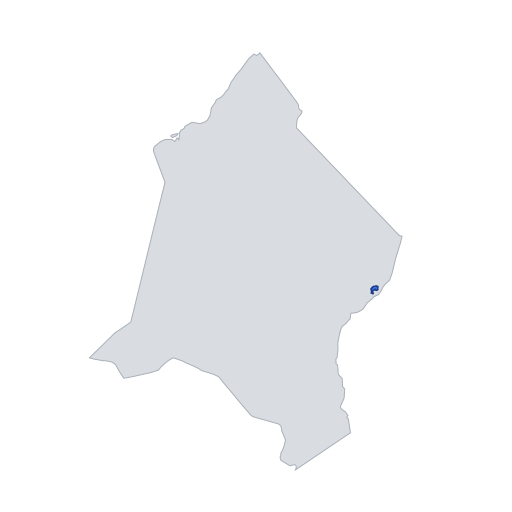 Nambale, Western, Kenya (highlighted), rotated 194°
{"feature_id": "3690345B66685082117491", "entity_name": "Nambale", "entity_type": "district", "adm_level": 2, "iso_a3": "KEN", "parent_name": "Kenya", "parent_adm1": "Western", "projection": "robinson", "projection_center": [34.319, 0.505], "detail": "fine", "context": "in_parent", "style": "filled", "palette": "blue", "viewbox_px": 512, "rotation_deg": 194, "n_neighbors": 0, "source": "geoboundaries", "source_scale": "gbopen_adm2", "svg_char_len": 4525}
<svg xmlns="http://www.w3.org/2000/svg" viewBox="0 0 512 512"><g transform="rotate(194 256 256)"><path d="M119.1,310.5L119.0,303.9L119.9,287.0L119.8,272.2L120.5,264.8L123.7,260.1L125.2,256.7L126.3,251.9L128.0,248.0L131.8,244.9L132.5,243.1L136.6,237.8L139.0,231.0L140.8,228.7L143.1,226.6L144.7,225.5L147.4,224.3L149.5,223.7L149.9,223.2L150.1,222.1L149.4,217.8L150.3,216.5L151.7,213.7L153.3,211.0L154.8,209.4L155.6,207.6L156.0,204.7L156.0,202.6L156.0,199.1L155.6,191.4L153.8,184.8L152.8,177.5L153.5,175.1L152.2,170.8L151.5,170.6L150.4,169.7L149.0,165.6L147.9,162.0L147.3,161.0L142.7,157.8L140.4,150.2L137.8,148.5L136.4,141.0L136.2,138.8L137.6,131.3L137.5,129.6L135.9,128.0L131.6,126.4L128.1,123.3L128.6,122.2L128.8,121.1L127.0,120.3L121.6,107.4L128.5,99.7L135.5,91.9L144.4,82.0L152.6,72.9L159.7,65.0L166.0,58.0L165.8,59.3L165.8,61.1L166.6,62.2L167.9,62.9L169.7,62.1L171.3,61.0L172.8,60.8L182.3,63.7L183.9,66.3L183.8,69.0L184.2,71.0L183.5,73.0L182.7,79.0L182.9,84.6L185.8,88.7L188.3,91.9L190.3,96.4L191.8,97.8L193.9,98.5L200.4,98.7L210.1,99.0L219.3,99.3L220.2,99.4L222.1,100.0L230.7,106.1L238.5,111.7L245.1,116.6L251.6,121.3L257.8,125.9L262.7,129.7L267.5,130.8L275.2,131.4L280.6,131.6L285.6,133.2L292.9,134.6L298.4,135.4L301.8,136.3L311.0,137.2L312.5,136.6L316.6,132.4L321.2,125.6L322.9,121.8L328.8,118.0L339.2,112.8L346.5,109.1L354.6,105.4L358.3,108.6L363.4,113.8L365.6,116.3L367.5,117.4L370.2,118.2L373.6,118.2L375.4,118.1L379.2,117.4L388.0,116.8L393.0,116.9L388.8,123.7L383.7,131.9L374.4,147.1L367.3,155.0L362.0,161.0L361.5,162.1L361.5,168.8L361.6,185.2L361.8,218.0L362.0,250.7L362.1,283.5L362.1,299.9L362.1,305.4L366.8,312.3L371.4,319.0L377.5,327.9L380.7,332.7L381.3,334.3L381.1,337.5L376.1,344.2L372.0,347.2L366.4,348.6L364.8,348.4L362.6,347.4L361.8,349.0L361.1,351.5L359.9,351.0L359.0,350.2L359.5,354.7L360.1,356.9L359.3,359.8L356.6,362.4L356.3,364.6L350.5,370.3L342.3,370.9L338.0,373.8L336.0,376.1L334.6,381.2L335.1,389.0L332.8,395.0L332.3,398.0L328.1,401.8L326.2,405.4L324.8,409.0L323.6,410.6L322.1,418.8L320.2,423.7L319.6,425.4L319.1,426.8L317.6,429.7L316.6,431.7L315.9,433.0L310.8,445.7L306.9,451.4L303.9,450.8L301.8,453.0L301.6,454.0L300.5,453.4L298.0,451.3L292.7,447.0L287.4,442.7L282.2,438.4L276.9,434.2L271.6,429.9L266.4,425.6L261.1,421.3L255.9,417.0L252.8,414.4L251.4,412.9L250.3,410.0L249.8,409.2L248.4,408.3L246.8,408.1L246.3,407.5L246.3,406.1L246.9,404.0L248.8,400.1L249.0,397.8L248.7,395.2L248.0,390.9L247.5,390.0L244.0,387.8L236.7,383.1L229.4,378.5L222.1,373.9L214.8,369.3L207.5,364.6L200.1,360.0L192.8,355.4L185.5,350.7L178.2,346.1L170.9,341.5L163.6,336.9L156.3,332.2L148.9,327.6L141.6,323.0L134.3,318.4L127.0,313.7L124.2,312.0L121.7,310.5L119.1,310.5ZM362.6,355.5L361.3,355.8L362.0,353.6L365.7,350.7L367.3,351.4L367.6,352.0L367.5,352.6L366.8,353.2L362.6,355.5Z" fill="#d9dde1" stroke="#a8b0b8" stroke-width="1"/><path d="M135.2,247.9L134.9,247.9L134.8,248.0L134.7,248.0L134.4,248.0L134.2,248.0L133.9,248.0L133.8,247.9L133.7,247.7L133.4,247.7L133.4,247.8L133.4,248.0L133.3,248.3L133.4,248.5L133.5,248.6L133.7,248.8L133.8,248.8L134.0,249.0L134.3,249.1L134.3,249.3L134.3,249.5L134.2,249.5L134.2,249.8L134.3,249.9L134.3,250.0L134.4,250.3L134.3,250.5L134.2,250.5L134.1,250.8L133.9,251.0L133.7,251.2L133.7,251.3L133.4,251.4L133.3,251.5L133.2,251.5L133.0,251.8L132.9,252.0L132.7,252.2L132.7,252.3L132.6,252.5L132.4,252.5L132.2,252.7L131.9,252.5L132.0,252.5L132.0,252.4L132.1,252.2L132.1,251.9L131.9,251.9L131.7,251.8L131.4,251.9L131.2,251.9L130.8,251.9L130.7,251.9L130.7,252.0L130.4,252.2L130.4,252.3L130.2,252.5L129.9,252.5L129.8,252.8L129.7,252.9L129.8,253.0L130.0,253.1L130.0,253.3L130.0,253.5L130.0,253.8L130.0,254.0L130.0,254.3L130.0,254.5L130.3,255.5L130.4,255.4L130.5,255.4L130.8,255.4L130.8,255.5L131.0,255.5L131.3,255.5L131.4,255.8L131.4,256.1L131.7,256.1L131.8,256.1L132.0,256.0L132.1,255.9L132.3,255.8L132.5,255.8L132.8,255.8L132.9,255.7L133.0,255.5L133.1,255.4L133.3,255.4L133.5,255.2L133.8,255.1L134.0,255.0L134.3,255.0L134.3,254.9L134.5,254.8L134.6,254.6L134.8,254.5L134.9,254.4L135.0,254.4L135.0,254.2L135.1,253.8L135.1,253.7L135.3,253.7L135.5,253.7L135.8,253.6L135.9,253.4L135.8,253.2L135.8,252.9L135.7,252.8L135.7,252.7L135.7,252.4L135.8,252.1L136.0,252.1L136.3,252.1L136.5,251.9L136.5,251.7L136.4,251.6L136.2,251.4L136.1,251.1L136.0,250.8L135.9,250.7L135.7,250.5L135.6,250.4L135.5,250.2L135.4,250.1L135.3,249.9L135.2,249.9L135.1,249.7L135.2,249.4L135.3,249.4L135.3,249.2L135.3,248.9L135.2,248.7L135.2,248.4L135.2,248.2L135.2,247.9Z" fill="#3b82f6" stroke="#1e3a8a" stroke-width="1.5"/></g></svg>